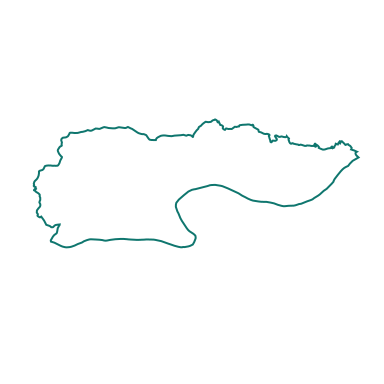 outline of Song Lo, Vĩnh Phúc, Vietnam, rotated 281°
{"feature_id": "81297802B72352297629850", "entity_name": "Song Lo", "entity_type": "district", "adm_level": 2, "iso_a3": "VNM", "parent_name": "Vietnam", "parent_adm1": "Vĩnh Phúc", "projection": "equal_earth", "projection_center": [105.409, 21.426], "detail": "fine", "context": "isolated", "style": "outline", "palette": "teal", "viewbox_px": 384, "rotation_deg": 281, "n_neighbors": 0, "source": "geoboundaries", "source_scale": "gbopen_adm2", "svg_char_len": 5986}
<svg xmlns="http://www.w3.org/2000/svg" viewBox="0 0 384 384"><g transform="rotate(281 192 192)"><path d="M232.9,77.9L231.4,75.7L230.2,73.2L229.8,71.8L228.2,68.6L227.5,65.6L227.3,62.9L227.0,61.3L226.8,60.9L226.4,60.6L225.7,60.5L223.6,59.8L223.0,59.5L222.6,59.1L221.7,58.0L221.4,57.3L220.7,55.0L219.5,53.9L218.2,53.7L217.7,53.8L215.9,54.8L215.6,54.9L215.1,54.8L213.5,55.0L212.7,55.3L212.5,55.2L211.4,53.9L210.7,53.4L208.1,52.4L207.5,52.3L206.9,52.4L206.3,52.7L204.2,54.2L202.4,56.3L201.6,57.6L201.2,57.7L200.6,57.6L197.8,56.7L195.2,56.4L193.9,56.0L192.7,55.5L192.2,55.0L191.7,53.2L191.5,51.5L191.2,50.7L191.0,47.8L190.8,47.0L190.6,45.8L190.2,44.4L189.5,42.9L189.1,42.6L186.3,41.9L185.1,41.0L183.8,38.5L183.1,37.9L182.6,37.9L181.4,38.2L178.9,38.3L176.8,37.9L175.6,37.5L174.7,37.0L172.7,35.6L172.0,35.3L169.9,35.1L168.6,35.8L167.8,35.5L167.3,36.0L167.0,36.8L167.0,37.6L166.8,37.7L166.1,37.7L165.4,38.3L165.0,38.0L164.8,37.1L164.0,36.6L163.6,36.6L163.5,36.8L163.9,37.3L163.9,37.5L162.7,38.3L162.3,39.1L161.4,41.5L160.6,42.7L160.1,43.1L158.6,43.3L157.5,44.1L155.5,44.5L154.6,44.5L153.9,44.2L152.6,44.2L151.1,45.4L149.7,45.7L148.9,45.6L148.1,45.3L146.9,44.5L144.6,43.4L144.1,43.3L142.1,43.6L141.0,44.8L140.3,45.0L139.6,44.8L139.2,44.9L138.9,45.2L138.3,46.6L138.1,47.6L139.1,48.7L135.7,52.3L132.0,55.2L131.5,58.8L131.0,59.9L130.6,60.5L130.7,61.4L130.9,62.1L131.2,62.5L132.9,63.6L133.6,64.5L134.2,66.1L134.9,68.3L134.1,68.3L132.9,67.7L132.0,67.5L130.8,67.1L127.8,67.2L126.0,67.1L125.4,66.8L123.5,65.0L121.7,64.0L117.6,62.6L116.4,63.0L116.0,66.6L114.3,72.7L113.9,74.3L113.7,75.7L113.6,77.9L113.7,79.3L114.1,80.8L114.6,82.5L115.3,84.1L117.0,87.0L119.1,89.8L121.4,93.6L123.0,95.3L124.7,98.0L125.9,100.4L126.3,101.8L126.9,105.9L127.5,110.4L127.7,113.3L127.6,115.0L127.7,116.2L128.0,117.5L129.4,120.9L131.0,125.7L132.4,131.2L132.9,134.0L133.3,137.6L133.3,138.1L133.6,140.6L134.4,146.4L134.8,148.6L136.3,154.9L136.7,156.1L137.9,163.2L138.0,164.9L137.9,171.2L136.8,178.4L136.4,181.5L135.9,184.9L135.6,189.0L135.6,191.3L135.8,192.7L136.3,193.7L136.5,195.2L137.9,198.8L138.7,200.3L139.5,201.4L140.6,202.8L143.2,203.7L147.1,204.4L148.4,204.2L149.8,203.6L150.5,202.6L151.3,201.2L153.0,197.0L154.0,195.4L155.5,193.7L161.7,187.6L164.1,185.6L168.4,182.8L170.1,181.4L174.3,179.0L176.6,178.6L178.5,178.7L180.2,179.6L182.0,180.5L187.4,184.7L191.8,188.4L194.1,191.5L195.0,193.5L195.4,194.7L200.8,206.1L202.1,208.4L202.6,210.0L203.4,213.3L203.6,218.8L203.5,220.8L202.4,226.5L199.6,237.9L198.0,241.9L197.0,245.5L196.2,248.0L195.5,251.1L195.2,253.5L195.4,259.2L195.6,261.7L196.2,265.5L196.5,266.8L196.6,271.0L196.5,274.7L195.8,278.7L195.5,282.6L195.5,284.3L195.7,285.6L196.9,289.5L198.0,294.4L198.7,296.1L200.0,298.4L200.5,299.2L201.3,301.4L204.8,306.8L206.7,310.1L207.8,311.7L209.4,313.1L212.5,316.5L214.0,317.9L218.3,321.1L220.8,323.6L227.0,327.7L229.1,328.9L230.3,329.0L232.1,329.6L236.5,331.8L240.6,334.0L243.0,335.5L244.6,336.8L245.7,338.0L247.4,340.3L250.0,341.6L253.3,343.8L257.7,348.9L259.2,346.5L260.1,345.6L261.2,345.1L261.7,345.1L262.2,345.3L263.0,346.2L263.8,342.9L263.9,341.2L264.2,340.7L264.2,340.1L264.8,340.3L265.8,340.3L267.3,338.7L267.6,338.1L268.1,336.7L268.4,336.2L268.7,336.0L268.2,334.6L267.7,334.1L267.5,333.6L268.5,332.3L270.4,329.4L269.2,328.4L267.9,328.1L268.1,327.4L269.9,328.2L270.1,327.5L268.3,326.5L266.5,326.1L266.8,323.9L265.3,323.8L263.7,323.0L262.8,323.1L261.9,321.8L263.0,321.2L263.3,320.9L263.2,320.5L262.6,320.1L261.7,320.2L261.5,319.5L260.7,317.1L259.1,314.3L258.7,312.9L258.6,312.2L259.0,310.1L259.5,308.0L260.5,307.9L261.2,307.0L261.8,306.1L262.1,304.8L262.4,304.4L262.9,303.9L262.9,303.7L262.8,303.4L261.5,303.0L261.4,303.1L261.6,303.9L261.6,304.6L261.3,305.0L260.9,305.2L260.3,305.0L260.0,304.5L260.5,303.3L260.4,302.5L260.0,300.5L260.0,298.4L259.7,296.5L259.6,295.9L259.0,295.1L258.8,293.9L259.2,290.6L259.2,289.5L258.6,288.4L258.5,287.7L258.8,287.0L258.7,285.6L258.8,282.2L259.1,281.7L259.0,281.0L258.4,280.4L258.3,279.8L258.6,279.0L259.1,278.5L259.8,277.9L261.2,277.2L261.6,276.8L262.0,276.8L263.0,277.0L264.2,275.0L264.9,274.3L264.4,274.2L263.9,273.8L263.6,273.1L263.5,271.3L263.6,270.2L263.6,269.1L262.9,267.8L262.8,267.4L262.8,266.6L263.4,264.8L263.6,263.8L263.4,263.4L263.2,263.0L262.7,262.8L261.8,263.5L260.2,265.1L259.5,265.3L258.9,265.0L258.3,264.3L258.1,263.9L257.9,261.5L257.6,261.2L256.8,261.1L255.9,260.2L256.1,259.6L256.5,259.3L257.3,259.1L259.6,257.8L260.9,257.2L261.6,256.7L262.3,256.8L262.7,257.2L263.0,257.0L263.3,256.3L263.4,255.0L263.4,254.4L263.0,253.4L262.9,252.6L262.9,251.3L263.7,248.5L263.9,246.1L264.9,245.6L265.8,245.2L267.0,241.4L267.5,240.1L267.9,239.7L268.7,239.7L269.4,239.2L269.6,238.8L269.5,238.5L268.9,237.8L269.2,235.3L269.0,234.0L268.6,232.8L267.6,228.8L266.7,226.2L266.1,225.7L265.4,225.7L264.7,223.9L264.3,223.2L264.3,222.4L264.2,221.6L261.6,219.2L261.4,218.8L261.2,217.4L260.8,215.8L260.9,213.4L259.3,212.5L259.3,212.2L259.6,211.2L260.2,210.2L260.5,210.0L262.2,210.0L262.5,209.8L263.1,208.6L263.3,207.3L263.2,207.0L266.1,204.9L265.5,204.6L265.3,204.3L265.4,203.9L266.9,202.8L267.4,201.8L267.6,200.9L267.3,200.8L266.6,199.2L266.0,198.4L264.8,197.5L264.4,197.0L263.7,194.9L263.6,194.1L263.6,193.2L263.5,191.9L261.5,190.0L259.9,188.8L258.9,188.3L257.2,186.5L256.4,186.2L255.3,186.1L253.4,184.8L251.6,183.9L248.9,182.7L248.0,182.5L246.4,182.5L246.2,182.3L246.3,182.0L247.1,180.9L247.4,179.5L247.3,177.4L246.2,175.6L246.5,172.7L246.4,172.4L245.6,170.1L244.0,164.1L242.9,161.3L242.5,157.8L242.4,155.3L242.2,153.7L241.7,151.9L241.1,150.5L239.1,148.0L238.1,147.1L236.8,146.6L236.1,146.6L235.6,144.0L235.3,142.1L235.3,140.4L235.7,139.7L236.6,138.7L239.0,136.3L239.2,135.8L239.6,133.6L239.3,132.2L239.3,131.0L239.5,128.9L239.9,127.3L242.5,121.2L242.8,119.6L243.6,116.7L242.3,114.9L242.0,114.0L241.7,108.6L241.5,107.5L239.9,104.5L239.4,102.3L238.9,97.9L239.0,96.0L239.0,93.6L238.6,92.7L236.6,89.7L236.3,89.2L236.2,88.4L236.1,86.6L235.9,85.3L233.3,82.0L232.8,81.0L232.7,79.6L232.9,77.9Z" fill="none" stroke="#0f766e" stroke-width="2"/></g></svg>